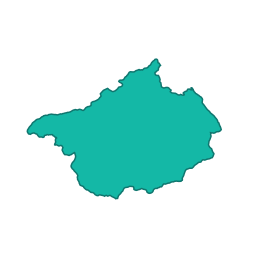 the district of Buenos Aires, Puntarenas, Costa Rica, rotated 117°
{"feature_id": "36466004B75428693831232", "entity_name": "Buenos Aires", "entity_type": "district", "adm_level": 2, "iso_a3": "CRI", "parent_name": "Costa Rica", "parent_adm1": "Puntarenas", "projection": "natural_earth1", "projection_center": [-83.259, 9.079], "detail": "fine", "context": "isolated", "style": "filled", "palette": "teal", "viewbox_px": 256, "rotation_deg": 117, "n_neighbors": 0, "source": "geoboundaries", "source_scale": "gbopen_adm2", "svg_char_len": 5769}
<svg xmlns="http://www.w3.org/2000/svg" viewBox="0 0 256 256"><g transform="rotate(117 128 128)"><path d="M153.9,207.0L155.4,208.7L156.2,209.0L157.3,209.9L158.8,210.5L159.2,210.5L160.0,211.1L160.9,212.1L161.4,212.8L162.1,213.3L163.1,213.8L163.9,214.0L166.8,215.4L169.1,215.5L171.8,216.3L175.6,216.6L176.2,216.3L177.1,216.0L177.6,215.1L178.2,214.4L178.4,213.8L178.1,212.9L178.0,212.2L176.2,211.0L175.0,209.4L175.1,207.7L174.9,207.1L174.9,206.1L175.4,205.4L175.8,204.4L176.1,203.9L176.3,202.9L175.2,200.9L175.1,199.7L174.7,199.1L174.3,198.8L173.6,198.8L173.0,199.0L172.6,199.0L172.3,198.7L171.7,197.8L170.7,197.3L170.5,196.9L170.4,195.7L169.8,195.2L168.9,193.5L168.3,192.6L168.4,191.8L168.7,191.6L168.9,191.1L168.8,189.9L169.4,188.4L169.0,187.9L169.0,187.7L169.3,187.1L170.2,187.4L170.9,187.5L172.5,186.8L173.0,186.2L173.5,186.0L175.6,186.0L176.3,185.7L176.3,185.3L176.2,185.0L175.5,184.7L175.4,181.5L174.9,180.8L174.1,180.1L173.9,179.7L173.9,178.9L174.9,177.1L176.8,176.9L177.6,176.6L178.6,175.4L179.0,174.7L179.6,174.1L180.4,172.5L180.4,172.0L179.8,171.1L179.4,169.3L179.3,168.4L179.2,168.0L178.2,167.3L177.5,166.5L175.9,165.7L175.1,165.1L174.2,164.7L174.2,164.4L176.8,161.9L178.5,161.3L180.7,161.1L182.4,161.3L183.9,161.8L185.2,161.8L186.0,161.8L186.3,161.7L187.8,161.5L188.0,161.1L188.6,160.8L189.6,159.1L190.0,157.4L190.6,156.6L191.4,154.1L192.1,152.6L193.0,151.3L193.4,151.0L194.8,150.9L195.6,150.2L196.7,149.6L198.4,147.0L199.2,146.5L200.7,144.6L200.4,141.4L200.5,140.9L200.8,140.7L201.1,140.2L201.8,138.0L201.9,136.7L201.5,135.9L201.5,135.5L202.2,131.8L201.5,129.9L201.5,129.0L202.3,126.9L202.3,125.1L201.9,124.0L201.4,123.6L200.9,123.4L200.3,122.8L200.1,121.7L199.4,119.2L199.4,117.9L198.7,117.6L198.3,117.1L197.9,116.9L197.9,115.1L196.5,113.9L196.1,113.0L196.4,111.6L196.3,108.2L196.6,106.7L195.9,106.2L195.5,105.3L194.0,105.6L192.3,105.7L189.7,104.8L187.8,104.6L186.9,104.1L183.8,104.2L183.0,103.9L182.2,103.3L181.1,101.7L180.4,100.9L179.8,100.6L179.3,100.1L178.7,99.0L177.9,96.7L178.2,96.1L179.2,95.2L179.8,95.1L180.1,94.5L180.1,93.8L179.9,93.1L179.9,92.5L179.0,91.4L178.3,90.8L177.5,89.8L175.7,88.3L175.6,86.6L175.0,84.4L175.0,83.8L175.6,82.8L176.4,82.0L176.6,81.7L176.6,81.0L176.8,80.4L176.5,79.8L176.3,78.9L175.0,77.6L173.9,77.1L172.5,77.0L172.2,77.2L171.3,77.2L170.0,76.7L169.3,76.0L168.6,74.6L167.8,74.3L167.0,73.3L166.0,72.8L165.7,72.5L165.5,71.8L164.9,71.3L161.8,70.9L161.3,70.1L161.2,69.6L160.9,69.1L158.8,67.1L158.4,66.3L157.7,65.6L156.9,65.2L156.2,64.5L155.5,63.5L155.2,62.8L154.4,62.4L153.8,61.4L153.4,61.0L153.0,59.7L152.7,59.2L152.5,58.4L152.2,58.0L151.4,56.6L150.9,56.6L149.9,55.9L149.1,56.2L148.5,56.7L147.3,56.9L145.2,56.8L143.7,57.1L140.6,57.5L139.4,57.5L138.1,57.0L137.5,56.3L135.9,54.9L135.1,53.3L134.6,52.6L133.4,52.2L133.0,52.0L131.3,51.8L128.3,50.2L126.6,49.5L125.3,47.7L124.9,47.5L124.1,47.5L123.2,47.3L122.4,46.9L122.1,46.4L121.9,45.4L121.2,44.5L120.0,43.5L118.3,41.3L117.9,41.0L117.1,40.5L116.2,39.5L114.6,39.4L112.0,39.7L111.5,40.3L111.3,41.0L110.7,41.8L109.3,43.4L108.8,43.7L108.5,44.4L108.2,46.1L107.6,47.2L106.9,48.2L106.1,48.8L104.7,49.2L103.2,49.8L101.2,49.8L98.0,50.2L97.3,50.5L96.4,51.4L95.5,51.6L94.7,52.3L94.5,51.5L93.9,50.3L93.8,49.6L93.5,49.0L93.2,48.8L92.8,48.3L91.2,47.4L90.8,46.9L90.5,46.1L89.6,45.1L88.4,44.4L87.1,44.2L85.8,45.4L84.6,46.7L84.4,47.3L83.6,48.0L83.1,48.6L82.3,49.2L82.0,50.5L81.0,51.4L80.3,52.2L80.0,52.9L79.7,53.3L79.1,54.9L78.1,56.9L77.6,59.0L77.1,61.5L76.7,62.0L76.1,63.5L75.7,65.4L75.3,66.4L74.9,67.0L74.7,67.6L73.0,70.8L72.1,73.0L71.6,73.5L68.6,74.6L67.9,75.5L67.2,77.1L67.2,78.5L66.8,79.6L66.7,81.4L66.5,81.9L66.5,83.5L65.9,84.6L65.7,85.4L65.4,86.0L65.1,86.2L64.9,86.8L64.2,87.3L63.2,89.2L63.4,89.8L63.8,90.0L64.5,88.5L64.7,88.3L64.9,88.3L65.1,88.5L65.5,89.6L65.4,90.8L65.5,91.2L66.4,92.4L68.3,92.4L69.0,93.0L69.4,93.6L70.3,94.0L71.3,94.7L71.9,94.6L72.3,93.6L72.5,93.2L72.9,93.1L73.4,93.2L74.0,94.6L74.2,96.4L75.2,97.0L75.5,97.5L75.7,98.4L75.7,99.1L75.5,101.3L76.8,104.7L76.8,105.4L76.6,106.0L76.6,106.6L76.4,106.9L74.7,106.8L74.4,108.5L73.9,109.6L73.8,110.6L74.0,111.4L74.7,112.7L75.7,113.7L76.2,114.4L76.2,116.7L76.0,116.9L75.8,117.2L75.6,117.3L72.8,119.3L72.3,120.6L71.8,121.2L70.6,121.2L69.1,122.5L68.0,123.9L67.5,124.6L67.4,125.0L68.0,125.9L68.1,126.9L68.2,127.5L68.1,127.8L66.9,128.9L66.5,129.1L66.1,129.1L65.4,128.5L64.4,128.4L63.1,127.5L62.7,127.4L61.7,127.6L60.7,128.1L59.9,127.9L58.7,128.0L58.0,127.6L57.5,127.5L57.5,127.9L57.1,128.1L56.1,129.8L56.2,130.1L56.2,130.7L56.1,131.0L55.1,131.6L53.9,132.7L53.7,133.4L53.8,134.1L54.6,135.1L55.8,135.3L57.0,136.0L59.1,136.6L61.7,136.6L62.7,137.3L63.3,137.6L64.5,137.7L66.0,138.5L67.1,140.2L67.5,140.6L69.7,141.4L70.2,142.8L70.7,143.2L71.0,143.6L71.0,143.9L70.8,144.3L70.9,144.7L72.3,145.9L73.2,146.9L74.9,147.8L75.4,148.3L75.9,149.2L76.8,151.4L77.6,152.1L78.6,152.3L80.8,152.4L81.6,152.8L82.8,152.9L83.6,153.5L84.1,153.7L86.9,153.9L88.2,155.2L88.9,156.7L89.6,157.3L90.6,157.4L91.0,156.4L91.0,154.5L91.2,153.3L92.0,152.4L93.4,152.4L93.9,152.7L94.6,153.2L95.6,154.6L96.1,154.9L97.7,155.0L100.7,156.3L102.2,157.7L102.6,158.5L102.5,162.3L102.1,163.4L102.0,164.2L105.6,167.0L110.0,168.2L110.5,167.8L111.3,166.9L112.0,166.5L112.8,166.6L113.7,167.0L115.0,167.1L116.2,167.6L118.3,169.0L119.6,170.1L120.3,171.1L121.8,172.1L122.3,172.2L123.6,171.7L124.3,171.3L124.9,171.2L126.5,172.4L127.1,173.4L128.4,174.4L129.4,174.9L130.4,175.0L132.5,175.6L132.9,176.4L132.9,177.6L133.2,179.4L133.6,180.0L135.1,181.4L135.3,182.7L135.6,183.5L136.3,184.0L136.8,184.8L139.9,186.8L140.9,187.9L141.3,188.4L141.6,189.1L142.7,190.0L143.1,190.8L144.1,191.7L144.6,192.5L145.8,193.6L146.1,194.6L148.0,196.4L148.5,197.1L148.8,198.4L149.5,199.8L150.5,202.7L151.5,203.9L151.8,204.5L153.4,205.6L153.9,206.8L153.9,207.0Z" fill="#14b8a6" stroke="#0f766e" stroke-width="1.5"/></g></svg>